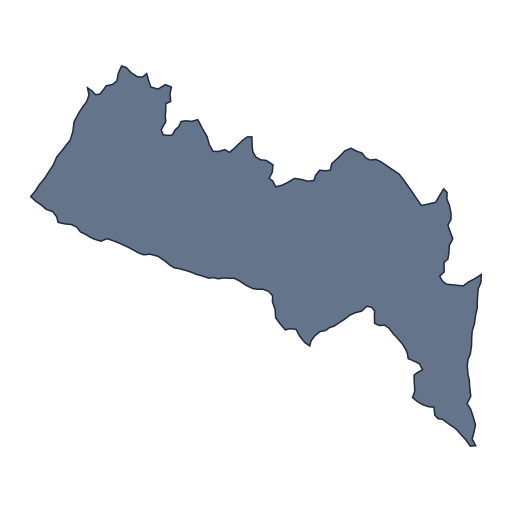 the district of Teolândia, Bahia, Brazil
{"feature_id": "56859067B17298582971719", "entity_name": "Teolândia", "entity_type": "district", "adm_level": 2, "iso_a3": "BRA", "parent_name": "Brazil", "parent_adm1": "Bahia", "projection": "equal_earth", "projection_center": [-39.49, -13.568], "detail": "fine", "context": "isolated", "style": "filled", "palette": "slate", "viewbox_px": 512, "rotation_deg": 0, "n_neighbors": 0, "source": "geoboundaries", "source_scale": "gbopen_adm2", "svg_char_len": 3051}
<svg xmlns="http://www.w3.org/2000/svg" viewBox="0 0 512 512"><path d="M87.5,87.8L89.0,95.0L86.7,101.6L82.7,106.9L79.3,112.0L74.0,121.9L72.9,131.2L70.4,139.8L66.0,145.4L61.6,151.1L56.9,156.6L53.2,165.1L49.0,171.4L44.7,178.2L39.1,185.0L35.1,191.3L30.7,196.6L35.8,201.3L41.5,205.2L46.1,209.3L52.7,211.6L56.7,216.8L58.1,222.4L65.0,223.9L71.3,224.5L76.7,227.1L80.4,231.9L86.6,234.9L90.3,237.3L94.1,239.1L100.9,241.2L107.1,238.7L112.8,240.6L119.1,243.1L126.7,246.5L132.5,249.5L138.7,253.0L143.8,254.8L150.1,254.2L158.0,256.3L165.1,261.1L169.8,265.1L174.5,267.9L179.9,268.8L187.3,270.9L192.3,272.6L196.3,274.4L200.7,275.5L209.0,278.2L213.5,277.6L218.2,278.8L223.8,277.9L229.8,278.3L234.1,278.3L239.3,280.8L246.2,285.4L253.0,288.7L257.8,289.2L263.1,289.3L268.7,291.4L272.6,295.8L272.4,301.7L275.1,309.4L275.7,317.8L279.5,323.1L285.3,329.9L289.9,328.7L296.0,329.3L300.0,336.7L304.9,342.6L309.7,346.0L311.1,340.7L314.8,335.9L319.9,331.6L325.6,330.5L329.5,327.6L334.2,326.1L340.0,322.2L345.5,318.6L349.4,315.4L355.3,312.7L361.6,311.2L366.7,306.4L371.5,307.1L374.6,310.9L374.4,316.5L374.6,323.4L379.4,325.5L384.8,325.2L389.2,328.4L393.2,333.7L397.3,338.0L402.1,343.6L405.1,348.3L407.3,353.0L408.2,358.7L412.1,360.2L419.4,363.7L422.5,369.7L418.3,372.0L414.1,375.0L414.2,381.3L414.8,391.1L412.5,397.6L417.3,401.5L422.8,404.8L429.1,406.8L434.0,407.2L434.7,415.1L438.2,418.8L442.4,419.2L446.2,422.0L449.7,424.7L453.4,427.0L457.0,430.0L461.6,435.3L465.8,439.8L470.2,446.1L475.7,445.7L472.1,438.9L473.8,433.0L475.5,424.9L473.3,417.3L470.7,409.2L467.1,403.6L470.8,396.2L469.7,387.2L469.3,380.1L468.0,374.7L467.3,366.1L468.0,359.6L470.4,353.6L471.5,345.9L471.7,338.0L472.2,331.1L474.4,324.0L475.7,314.5L477.2,308.3L477.3,301.4L477.7,295.2L478.2,288.9L481.0,282.1L481.3,274.4L475.7,278.2L468.7,281.8L463.2,285.9L446.4,284.2L442.4,281.0L439.7,276.2L444.2,271.9L444.0,262.6L447.9,259.0L448.9,252.7L449.3,245.5L452.8,238.7L450.0,231.3L447.9,225.1L451.0,219.5L451.0,213.1L449.5,205.7L446.9,199.0L447.1,192.4L443.7,188.8L439.7,195.3L435.6,202.3L421.4,205.5L408.9,187.3L402.5,178.4L399.0,174.0L380.1,161.3L375.9,159.4L370.1,160.0L365.8,157.9L361.8,152.9L356.3,151.1L351.1,148.2L344.9,150.8L340.1,155.9L335.8,160.0L331.8,163.6L330.3,170.2L325.4,170.8L319.7,170.2L315.7,175.2L313.9,180.5L307.8,181.2L301.2,179.4L294.5,178.4L287.4,182.6L281.7,185.3L275.7,186.8L272.7,180.9L269.1,178.4L272.3,172.2L273.0,164.8L266.2,160.4L260.6,159.8L255.8,157.0L252.8,151.7L252.1,144.9L251.9,136.9L247.3,136.9L242.8,140.1L238.6,144.1L234.5,148.2L229.4,152.4L224.8,149.6L218.3,151.5L213.0,151.3L209.3,144.6L207.1,136.6L202.2,128.2L197.8,119.6L191.7,121.4L186.2,120.8L181.2,121.4L178.8,126.5L175.3,129.7L172.2,135.1L167.6,135.4L163.2,134.8L161.2,129.8L165.8,121.5L165.3,116.0L165.8,109.2L165.8,103.7L170.7,101.5L170.0,94.1L171.4,87.0L165.3,84.6L158.1,89.1L150.8,87.0L148.4,79.8L146.7,73.6L142.4,77.2L137.1,76.6L131.1,72.6L126.1,67.4L121.6,65.9L118.4,73.0L116.8,81.0L112.2,84.6L106.2,85.8L103.1,90.2L99.6,94.2L95.4,94.6L92.3,91.2L87.5,87.8Z" fill="#64748b" stroke="#1e293b" stroke-width="1.5"/></svg>